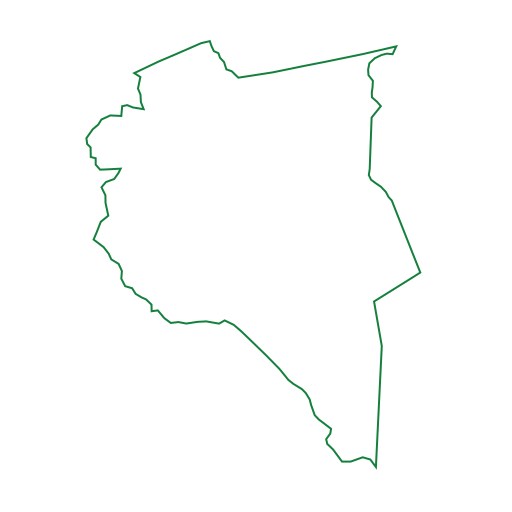 Ereré, Ceará, Brazil, rotated 87°
{"feature_id": "56859067B52861098652317", "entity_name": "Ereré", "entity_type": "district", "adm_level": 2, "iso_a3": "BRA", "parent_name": "Brazil", "parent_adm1": "Ceará", "projection": "albers", "projection_center": [-38.316, -5.99], "detail": "fine", "context": "isolated", "style": "outline", "palette": "green", "viewbox_px": 512, "rotation_deg": 87, "n_neighbors": 0, "source": "geoboundaries", "source_scale": "gbopen_adm2", "svg_char_len": 1617}
<svg xmlns="http://www.w3.org/2000/svg" viewBox="0 0 512 512"><g transform="rotate(87 256 256)"><path d="M473.0,147.3L352.4,135.1L307.6,140.5L285.5,100.6L281.1,92.8L261.9,99.3L218.2,114.0L207.7,117.5L204.1,120.5L198.8,123.0L193.3,127.7L189.6,132.6L185.9,137.1L181.1,139.1L175.1,137.9L123.8,133.3L112.9,123.5L108.4,127.0L103.6,131.9L98.8,131.8L93.7,130.8L87.2,130.1L81.3,134.2L75.8,134.3L69.5,132.7L64.7,127.0L61.8,120.0L60.8,114.7L61.6,109.0L54.0,105.0L59.9,138.4L65.7,176.7L68.7,197.9L73.5,229.7L77.0,264.3L70.2,270.6L68.1,275.8L60.6,277.8L56.1,281.6L51.5,282.9L49.2,287.4L44.2,289.4L39.0,290.9L40.6,299.7L50.2,325.3L56.8,343.3L67.0,368.0L71.2,362.1L82.6,365.1L88.8,362.9L96.3,362.9L103.5,360.5L101.2,371.2L98.6,376.7L99.4,381.8L109.1,383.2L108.0,394.1L111.6,403.2L116.5,406.6L120.9,412.4L129.5,419.2L135.4,418.7L138.9,415.5L148.5,415.8L150.0,411.0L156.4,411.3L161.6,407.2L161.7,401.1L161.7,386.6L166.2,389.2L171.7,393.6L174.3,402.0L179.3,406.7L187.5,403.2L195.0,403.5L208.0,401.4L213.7,409.2L223.0,413.4L231.1,417.3L239.2,407.7L246.1,402.9L251.8,400.7L256.7,393.6L264.0,390.7L271.6,391.7L279.3,388.2L281.7,381.4L287.5,378.2L291.5,372.2L293.6,368.0L299.1,362.9L305.7,363.1L305.2,356.9L313.3,350.8L318.4,344.6L317.9,337.0L319.8,329.2L318.7,317.8L318.7,309.1L321.6,296.4L318.7,290.7L323.6,281.8L331.2,273.9L355.7,251.1L370.0,238.5L375.7,234.3L381.4,230.2L385.8,225.2L391.3,217.2L395.4,213.5L402.0,209.9L407.9,208.7L418.0,205.7L422.6,201.8L432.5,190.1L437.2,191.1L442.6,195.5L447.4,194.7L453.2,189.2L465.8,180.9L466.3,172.3L462.6,160.0L465.2,152.5L473.0,147.3Z" fill="none" stroke="#15803d" stroke-width="2"/></g></svg>